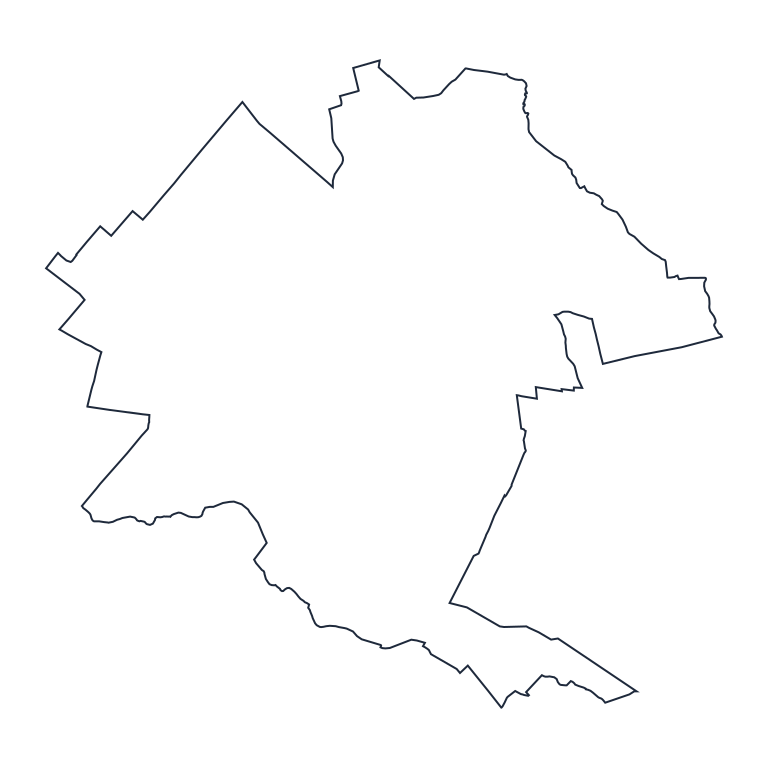 Fantana Mare, Suceava, Romania (Albers equal-area conic projection)
{"feature_id": "2599482B40231105369461", "entity_name": "Fantana Mare", "entity_type": "district", "adm_level": 2, "iso_a3": "ROU", "parent_name": "Romania", "parent_adm1": "Suceava", "projection": "albers", "projection_center": [26.306, 47.408], "detail": "fine", "context": "isolated", "style": "outline", "palette": "slate", "viewbox_px": 768, "rotation_deg": 0, "n_neighbors": 0, "source": "geoboundaries", "source_scale": "gbopen_adm2", "svg_char_len": 6025}
<svg xmlns="http://www.w3.org/2000/svg" viewBox="0 0 768 768"><path d="M636.5,691.3L557.9,638.5L551.1,639.6L538.7,632.3L528.9,627.8L526.4,626.4L504.0,627.0L499.8,626.4L466.9,607.4L449.6,603.0L473.7,555.9L478.5,553.6L479.1,552.4L479.7,550.6L485.5,536.9L486.2,534.8L488.2,531.0L489.6,527.8L494.3,515.8L500.9,502.9L504.5,495.5L505.1,496.4L506.1,495.4L511.6,485.9L511.6,484.6L523.6,454.6L524.6,452.5L525.1,452.1L525.8,450.8L525.5,449.6L525.0,448.5L523.9,441.2L523.6,440.4L523.9,438.8L524.8,436.2L525.7,431.0L524.9,430.7L523.8,429.3L521.2,428.6L516.8,395.2L518.3,395.4L521.5,396.2L536.9,398.7L535.8,387.1L561.9,391.3L561.6,389.1L573.8,390.6L573.9,387.5L582.2,387.9L577.7,378.2L574.7,366.3L573.2,363.8L568.3,358.6L567.2,356.6L566.6,353.9L565.9,348.0L565.8,345.7L565.4,342.6L565.7,338.8L565.1,336.5L564.0,334.4L563.3,331.4L561.4,324.3L557.2,318.1L554.7,315.0L558.5,314.3L562.5,311.9L563.9,311.7L568.4,311.7L570.6,312.1L572.7,313.2L577.9,314.9L583.8,316.5L589.1,318.6L592.0,318.9L593.9,327.4L595.7,334.0L596.9,339.4L598.6,346.2L600.3,353.9L602.9,363.9L634.7,356.1L681.8,347.2L721.9,336.7L721.5,335.7L720.5,334.4L718.6,333.3L716.8,330.1L716.0,329.0L714.2,325.6L714.3,324.4L715.4,322.7L715.6,320.8L715.3,319.5L714.0,316.4L712.3,314.0L710.2,311.2L709.3,307.9L709.3,306.2L709.5,304.0L709.4,301.2L709.1,297.7L708.5,296.1L707.1,293.7L705.2,291.2L704.1,286.3L704.3,282.6L705.9,279.7L705.9,278.4L705.6,278.0L704.9,277.8L688.4,277.9L680.9,279.0L679.0,279.1L678.1,277.1L677.5,275.6L675.9,276.1L674.4,277.0L670.1,277.6L667.6,277.6L667.3,276.8L667.0,272.8L666.2,266.4L665.7,261.7L665.0,260.1L661.8,259.0L659.4,257.0L653.2,253.3L648.3,249.9L641.2,243.7L634.4,236.7L629.4,233.9L627.9,232.3L625.9,226.8L622.5,219.6L618.2,213.8L616.7,212.0L612.4,210.6L607.7,208.7L603.7,206.0L601.8,204.1L602.8,200.8L602.1,199.4L599.2,196.1L596.2,194.7L593.8,193.3L589.8,192.7L587.0,191.3L585.4,188.5L584.3,186.3L580.9,188.1L579.8,188.0L576.6,183.0L576.2,179.7L575.4,177.5L573.0,175.3L572.0,173.8L571.6,171.1L571.6,170.0L568.4,167.3L567.7,165.7L565.3,161.8L561.2,159.2L554.3,155.5L536.1,141.2L529.1,132.1L528.5,129.2L528.6,123.2L528.3,119.8L527.0,116.7L527.3,115.8L528.0,114.8L528.3,113.5L527.7,113.0L525.8,113.2L525.1,112.8L524.2,111.1L523.3,108.9L523.4,107.0L524.6,105.7L524.8,104.8L524.5,104.1L523.4,104.2L523.3,103.3L524.4,101.6L524.7,99.8L525.2,99.1L526.2,96.7L526.0,96.1L525.0,95.2L524.9,94.3L525.3,93.4L526.6,93.5L526.9,93.2L526.8,92.7L525.7,90.6L525.4,88.7L526.6,86.0L526.0,83.3L524.2,81.3L522.7,80.2L521.7,79.8L518.6,79.9L515.2,79.4L510.3,77.6L507.8,76.0L506.7,74.0L505.8,74.4L504.0,74.7L487.8,71.7L483.1,71.1L474.0,70.0L465.9,68.4L465.4,68.5L455.4,79.6L451.7,81.7L449.1,84.1L443.4,90.3L441.2,93.2L438.7,94.8L433.1,96.0L423.5,97.5L416.3,97.7L414.0,98.9L388.7,75.8L388.4,76.2L378.7,67.3L379.7,60.4L353.2,68.0L358.7,90.7L357.7,91.2L339.9,96.1L341.3,101.3L341.5,103.7L341.1,105.2L329.2,109.3L331.3,118.2L332.6,138.5L333.5,141.7L335.7,145.7L341.2,153.5L342.8,157.2L343.0,160.3L342.1,163.4L334.7,174.3L332.9,180.6L332.8,187.1L327.1,182.0L270.0,132.7L259.5,123.9L256.9,120.8L242.4,102.0L226.5,120.5L202.2,149.3L180.9,174.9L174.2,183.3L163.7,195.4L149.6,212.1L142.8,219.7L132.6,211.1L111.2,235.8L100.2,226.3L86.8,241.9L76.3,254.5L76.6,255.0L72.3,260.8L70.7,262.0L66.4,260.5L60.9,255.9L60.5,255.4L58.0,252.9L55.2,256.4L46.1,268.3L79.6,293.9L84.6,299.9L68.7,318.7L59.4,329.4L61.8,330.7L67.9,334.3L85.7,344.0L90.9,346.1L96.7,349.6L101.4,352.1L100.4,355.2L97.9,364.4L96.5,369.9L94.1,381.0L92.4,386.1L91.4,389.7L87.4,406.2L87.4,406.6L109.5,409.9L142.8,414.3L149.4,415.0L149.3,417.1L149.1,419.9L149.2,422.2L148.7,423.3L148.3,425.6L148.2,427.1L147.9,428.6L147.3,429.5L141.7,435.6L127.1,453.3L100.1,483.9L96.4,488.6L87.1,499.7L81.9,506.0L82.3,506.4L82.7,507.2L83.3,508.1L85.5,509.7L88.2,512.0L89.8,513.6L90.5,514.8L91.4,518.1L91.9,519.2L92.3,520.0L93.2,520.9L94.0,521.3L98.9,521.3L104.1,522.1L107.8,522.5L108.5,522.7L112.9,521.8L117.0,519.8L119.9,519.0L122.4,518.0L130.1,516.6L134.0,517.4L134.7,517.6L135.5,518.3L136.2,519.1L136.7,519.7L137.0,520.3L138.0,520.8L139.4,521.3L140.6,520.9L144.2,521.7L144.9,522.1L145.8,523.2L146.5,523.9L147.1,524.2L150.0,524.9L152.9,523.6L155.0,519.9L155.2,518.4L157.0,517.0L160.4,517.3L162.2,517.0L164.0,516.4L165.8,516.6L166.5,516.5L168.3,516.6L169.8,516.5L170.3,516.8L171.7,515.2L173.8,514.1L178.4,512.6L180.9,512.9L188.7,516.5L190.5,516.8L192.2,517.1L194.6,517.1L196.3,517.3L198.3,517.2L199.9,516.7L201.4,515.9L202.4,514.1L202.6,512.8L203.1,511.5L205.2,507.7L209.6,506.9L213.3,506.9L222.9,503.0L229.5,501.9L233.9,501.6L241.7,504.3L248.1,509.5L249.7,512.3L258.0,522.6L262.8,534.3L266.7,542.9L255.9,557.3L254.1,559.6L256.1,563.2L261.8,569.9L263.7,571.2L264.3,572.5L264.5,574.0L265.9,579.0L268.1,582.4L269.5,584.2L271.7,585.1L274.3,585.3L275.5,585.0L276.8,586.4L279.9,588.8L280.6,590.2L282.0,591.1L283.2,591.0L285.2,589.2L287.1,588.1L289.2,587.9L291.3,589.0L294.4,591.7L296.4,593.9L298.4,596.5L300.5,598.9L303.6,600.9L304.8,602.2L307.0,603.1L309.1,604.5L308.2,607.8L309.8,610.0L310.5,612.2L312.1,616.0L312.7,618.1L315.1,623.3L316.7,625.2L319.8,626.9L321.1,627.1L323.5,626.8L326.2,626.2L329.8,625.8L335.7,626.2L339.0,627.1L344.6,628.1L346.7,628.6L353.0,631.5L357.0,636.1L361.7,639.3L380.7,645.0L381.1,645.4L380.9,646.3L380.5,647.3L382.3,648.1L385.3,648.4L389.8,648.0L411.3,639.7L416.8,640.5L424.9,642.8L423.0,646.2L424.9,647.2L427.5,648.9L429.0,650.2L429.8,651.9L431.0,654.2L456.7,669.0L460.0,673.0L467.8,665.6L488.1,690.8L501.3,707.6L501.7,707.4L502.6,706.3L504.7,702.4L506.8,697.9L507.6,696.9L515.2,691.0L520.9,694.1L522.8,694.5L524.1,695.0L528.2,695.8L528.9,695.2L526.1,692.1L541.9,675.2L543.6,676.1L545.4,676.7L547.3,676.7L549.5,676.4L554.3,677.3L556.7,679.1L557.8,682.0L559.3,684.0L560.1,684.6L560.9,684.9L564.9,685.3L566.7,685.3L570.8,681.1L572.5,681.8L574.3,683.3L575.2,684.6L578.6,686.0L583.7,687.6L585.7,688.6L586.0,688.9L585.9,689.3L588.1,689.8L590.5,690.8L593.0,692.7L598.2,697.2L599.3,697.8L601.2,698.5L602.1,699.1L603.2,700.2L605.2,702.7L629.4,694.4L634.3,691.3L636.5,691.3Z" fill="none" stroke="#1e293b" stroke-width="2"/></svg>